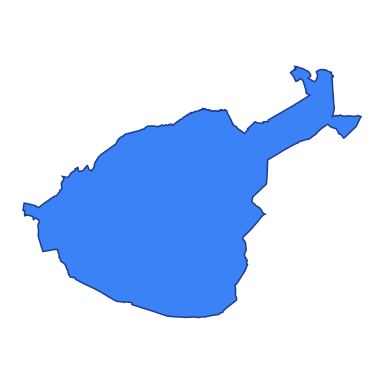 outline of Cajvana, Suceava, Romania
{"feature_id": "2599482B15456779755419", "entity_name": "Cajvana", "entity_type": "district", "adm_level": 2, "iso_a3": "ROU", "parent_name": "Romania", "parent_adm1": "Suceava", "projection": "natural_earth1", "projection_center": [25.996, 47.715], "detail": "fine", "context": "isolated", "style": "filled", "palette": "blue", "viewbox_px": 384, "rotation_deg": 0, "n_neighbors": 0, "source": "geoboundaries", "source_scale": "gbopen_adm2", "svg_char_len": 5947}
<svg xmlns="http://www.w3.org/2000/svg" viewBox="0 0 384 384"><path d="M217.4,314.7L219.3,314.1L220.0,313.5L220.3,312.9L220.9,312.6L222.6,312.5L223.2,311.1L225.3,308.9L236.4,300.2L236.6,299.6L236.5,297.2L235.7,296.1L235.5,294.9L235.5,288.5L235.1,286.0L234.8,285.0L236.5,284.1L237.1,283.3L244.5,271.6L245.4,269.9L247.5,264.6L247.0,264.4L246.8,263.9L246.8,261.5L247.2,260.9L247.2,260.2L247.0,259.8L246.1,259.3L246.2,258.7L245.8,258.2L245.7,257.7L245.1,257.3L244.5,255.3L244.6,254.0L245.0,253.4L244.9,252.4L245.9,250.9L246.3,249.8L246.0,248.1L246.0,247.0L245.7,245.9L245.9,245.1L245.3,243.1L245.2,241.9L244.3,241.1L244.3,240.6L244.0,240.2L242.8,239.3L242.7,238.2L243.3,237.4L243.4,236.9L251.0,229.4L259.5,219.4L260.0,218.5L260.7,217.6L263.7,214.7L265.1,214.1L263.9,213.5L262.8,212.8L261.7,210.9L261.5,210.1L259.9,208.2L258.0,206.8L256.3,206.0L254.9,204.3L253.6,203.5L252.3,202.5L252.0,202.1L252.0,201.7L252.5,197.7L253.1,196.8L253.0,196.7L263.5,186.7L265.6,184.9L266.1,184.4L266.5,183.5L267.3,170.6L267.4,166.0L267.7,159.8L277.7,154.0L282.1,151.2L288.0,147.8L295.9,143.6L297.7,143.1L299.5,141.6L305.1,139.9L309.1,139.0L309.7,138.7L314.1,135.3L316.1,134.0L318.0,131.6L322.4,127.8L327.7,124.3L328.0,124.4L328.8,125.0L329.6,126.2L330.2,126.6L332.8,127.7L335.9,128.6L337.2,130.3L338.7,133.3L339.4,134.2L339.7,134.4L340.7,134.3L342.1,135.9L343.5,138.0L344.2,137.9L344.9,137.4L345.9,136.3L356.1,126.5L361.0,116.5L358.2,115.6L354.8,116.4L353.1,116.3L351.7,116.0L346.6,115.9L345.5,116.0L344.7,116.4L343.9,116.4L342.0,115.7L340.4,115.3L339.9,115.0L339.7,115.0L338.8,115.8L338.2,115.9L336.4,115.5L335.1,115.7L334.2,116.1L333.0,116.1L332.6,116.4L334.3,108.5L333.5,100.6L333.4,96.7L332.7,89.5L332.6,86.6L332.0,76.9L333.2,76.9L333.3,76.3L333.3,75.8L332.6,75.5L330.9,73.6L331.5,72.7L331.5,72.3L330.6,72.3L329.2,71.7L325.6,69.9L323.3,69.6L321.2,69.5L318.9,70.2L316.5,71.4L316.4,72.0L316.8,73.3L317.6,74.6L317.5,76.4L316.2,79.8L315.5,81.1L314.1,81.6L308.0,78.1L310.4,76.5L310.7,75.8L310.6,74.8L309.9,73.4L309.1,72.2L308.4,71.6L302.1,68.3L300.6,68.1L299.5,67.6L296.1,66.5L294.6,66.5L295.9,68.2L294.7,68.8L295.6,69.8L294.0,70.1L293.2,70.4L292.1,71.2L290.5,72.7L293.8,76.8L294.4,78.0L294.7,79.2L295.8,81.3L296.4,81.3L298.0,80.6L299.3,79.5L300.1,78.6L303.0,80.5L305.2,87.7L306.4,92.5L306.1,92.6L306.4,93.3L306.7,93.7L307.3,94.1L309.2,94.7L309.9,95.2L291.7,106.5L268.4,119.9L268.2,121.5L263.2,121.8L263.3,123.3L261.1,123.1L258.9,123.2L257.4,122.8L254.9,121.8L252.0,124.9L247.7,128.6L248.2,129.2L244.6,133.4L238.1,128.8L236.8,127.6L236.5,126.7L235.8,126.3L235.0,126.2L234.4,125.9L234.0,125.6L233.8,125.1L233.2,125.1L232.9,123.9L232.7,123.8L232.5,122.9L231.9,122.5L231.5,120.9L230.9,119.5L230.0,118.7L229.7,117.6L229.8,117.3L227.5,113.5L227.1,112.2L226.9,111.0L226.7,110.6L225.3,110.6L225.1,110.4L225.1,109.7L224.7,109.6L224.3,110.0L223.2,110.5L222.8,110.5L221.9,109.6L221.4,109.7L221.5,110.2L220.8,110.6L220.1,110.0L219.8,110.0L219.4,111.1L219.2,111.3L218.9,111.0L218.4,111.3L217.8,111.2L217.4,110.6L217.2,110.6L216.8,111.3L216.6,111.4L216.0,111.4L215.4,110.7L215.1,110.7L214.5,111.0L213.7,111.0L213.5,110.8L212.4,110.8L212.1,111.3L211.5,111.5L211.1,110.7L210.7,110.7L210.2,110.4L210.0,110.6L209.7,110.6L209.4,109.6L208.4,109.8L207.2,109.8L206.6,110.0L206.3,109.3L205.3,108.8L205.1,108.9L204.8,109.4L203.8,109.2L203.6,108.6L202.7,108.4L202.7,108.6L202.9,108.9L202.8,109.3L202.2,109.0L201.4,109.9L201.0,109.6L200.8,109.6L200.2,110.0L199.6,110.0L199.2,110.6L198.3,110.7L197.9,111.4L195.6,111.3L195.3,111.8L195.0,111.8L194.7,111.6L193.3,112.6L192.0,112.4L191.1,112.6L190.9,112.8L191.2,113.1L191.1,113.4L190.5,113.4L190.4,113.2L190.2,113.2L190.1,113.5L189.8,113.4L188.5,114.2L188.2,114.5L188.2,114.8L187.7,115.0L186.9,114.9L186.4,115.6L183.2,117.5L182.2,118.7L181.7,119.1L180.1,119.5L179.5,120.4L179.0,120.5L177.8,121.6L177.2,121.6L176.9,121.8L176.6,122.3L176.2,122.5L175.9,123.0L175.0,123.3L174.5,123.9L174.0,124.2L174.0,124.8L173.4,125.5L173.0,125.6L172.1,124.4L170.7,124.1L170.3,124.2L169.4,125.0L169.0,124.6L168.6,124.7L168.3,125.1L167.9,125.5L166.6,125.0L166.0,125.4L165.5,124.9L163.5,125.9L163.0,125.2L161.8,125.0L160.4,125.7L159.6,126.3L159.1,126.5L158.2,126.2L157.7,126.7L155.9,126.5L154.6,126.0L154.1,126.3L153.8,126.3L151.9,125.7L151.0,126.1L148.0,126.1L145.9,127.1L144.4,128.6L138.8,130.7L125.3,134.2L124.2,135.0L123.2,136.3L122.7,136.1L119.3,138.3L117.4,140.5L117.6,141.5L116.6,142.4L115.7,144.1L102.2,153.7L99.2,156.2L97.9,158.0L95.4,162.0L94.3,164.3L94.3,164.9L94.5,166.5L94.2,167.0L91.2,171.0L88.9,169.3L87.5,165.6L87.2,165.6L86.3,166.4L83.0,170.7L81.4,170.9L79.5,171.5L78.6,171.0L78.0,167.5L75.1,168.8L75.9,169.8L72.7,171.7L70.9,173.2L68.6,176.8L68.1,177.1L66.7,177.2L62.5,176.5L63.4,177.6L63.8,178.5L63.3,180.3L62.6,181.6L62.1,181.5L61.2,183.9L61.6,185.2L61.8,189.2L59.9,190.1L59.3,192.4L58.1,193.4L56.9,195.4L53.9,196.6L50.3,199.0L42.3,204.7L38.6,207.7L35.8,205.9L34.7,205.5L27.6,203.7L24.1,203.1L23.0,210.5L24.5,210.6L24.7,215.7L26.2,215.4L26.1,214.7L30.3,215.7L32.7,216.6L33.5,219.6L35.7,218.0L39.6,220.8L38.5,223.3L38.0,225.2L38.0,226.8L38.5,230.1L38.4,233.3L38.2,235.1L38.6,237.4L41.0,245.4L41.3,246.6L43.0,251.5L48.1,250.7L55.5,249.2L55.7,249.6L57.3,249.4L57.4,249.8L57.9,250.3L57.8,251.0L58.0,251.9L58.7,253.9L59.1,254.6L59.1,257.5L59.8,258.0L60.6,260.8L60.9,261.3L63.2,262.8L65.4,264.8L66.1,267.3L66.4,267.7L67.1,269.6L68.0,271.3L68.1,273.2L68.8,274.2L68.8,274.7L69.2,275.5L70.2,276.5L70.3,277.1L71.0,277.0L72.9,277.5L74.3,277.4L75.0,278.3L75.2,278.7L76.2,279.6L78.5,280.9L86.0,284.7L92.9,287.9L101.0,292.1L110.5,298.0L111.7,298.4L112.9,299.3L115.6,300.8L118.1,301.5L122.1,301.8L124.0,302.4L126.0,301.8L126.6,301.8L128.2,302.3L131.1,302.4L132.0,302.9L132.1,303.4L131.9,304.0L131.9,304.4L132.2,304.7L145.1,308.8L148.0,309.6L167.4,316.1L174.5,316.8L183.5,317.2L185.3,317.5L188.2,317.1L189.1,317.3L190.1,317.3L193.1,316.9L198.9,317.5L199.5,317.5L201.2,316.9L204.6,317.0L212.0,315.4L217.4,314.7Z" fill="#3b82f6" stroke="#1e3a8a" stroke-width="1.5"/></svg>